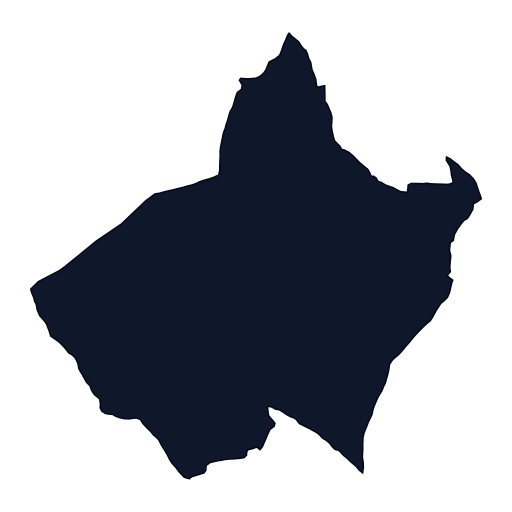 the district of Ndhiwa, Nyanza, Kenya
{"feature_id": "3690345B51434917036574", "entity_name": "Ndhiwa", "entity_type": "district", "adm_level": 2, "iso_a3": "KEN", "parent_name": "Kenya", "parent_adm1": "Nyanza", "projection": "natural_earth1", "projection_center": [34.403, -0.712], "detail": "fine", "context": "isolated", "style": "filled", "palette": "ink", "viewbox_px": 512, "rotation_deg": 0, "n_neighbors": 0, "source": "geoboundaries", "source_scale": "gbopen_adm2", "svg_char_len": 4759}
<svg xmlns="http://www.w3.org/2000/svg" viewBox="0 0 512 512"><path d="M452.8,280.2L450.2,278.3L447.1,275.6L450.3,271.8L449.8,267.3L450.0,264.3L450.1,262.7L450.3,261.2L450.8,255.7L449.5,250.5L449.8,247.0L450.3,242.6L453.3,240.4L454.3,234.7L457.6,228.7L461.0,224.0L463.9,220.4L466.1,219.3L467.2,218.5L468.1,217.4L470.0,214.3L472.8,209.3L473.4,203.8L477.2,201.8L481.3,198.8L480.0,194.8L478.7,191.4L478.0,189.3L477.4,187.7L476.1,183.4L473.9,179.6L473.0,178.4L471.6,177.0L469.5,174.8L465.8,172.4L462.1,169.4L458.0,164.8L453.1,161.1L449.8,158.6L446.5,157.0L446.3,160.3L447.2,161.6L448.0,162.9L449.7,165.6L450.3,167.3L451.0,170.6L451.4,174.2L451.7,176.0L452.6,179.1L453.3,182.6L449.3,184.2L446.0,184.4L442.9,184.2L439.3,184.1L435.6,184.0L430.7,183.8L427.1,183.2L422.8,183.7L418.5,183.5L414.4,183.5L411.1,183.5L408.2,185.0L407.8,189.1L407.3,192.3L403.8,192.0L400.5,191.6L396.7,189.7L393.4,187.8L390.0,186.6L385.4,185.0L381.2,182.4L377.7,181.2L376.3,178.2L373.8,176.3L371.1,176.2L369.5,172.3L367.7,169.3L365.0,167.1L362.4,165.0L361.4,164.2L359.3,162.3L356.8,159.7L353.2,156.0L348.8,152.3L344.3,150.0L341.5,149.4L340.7,147.5L339.6,146.0L337.0,143.3L334.6,140.9L333.4,136.9L332.0,130.7L331.4,125.9L331.8,121.6L332.0,117.4L330.8,112.8L328.8,108.1L327.3,104.5L324.9,101.4L324.9,95.7L324.8,90.5L324.7,85.7L320.8,86.5L317.7,87.3L316.4,85.2L315.8,79.4L314.0,74.4L312.0,69.7L311.2,65.5L310.7,62.2L308.8,58.9L307.5,54.2L305.9,50.4L303.4,48.7L301.3,46.0L298.6,41.8L294.8,38.6L291.7,36.2L289.1,33.2L287.7,35.1L286.8,37.3L285.8,39.8L284.6,42.4L283.8,44.1L283.1,45.9L282.2,48.9L281.7,50.2L281.2,51.6L279.7,55.2L277.0,57.4L275.9,58.4L274.7,59.2L271.9,60.5L269.1,62.0L267.5,65.9L265.9,69.9L263.8,72.9L261.2,75.3L260.4,75.9L259.3,76.6L256.1,78.2L252.4,78.5L250.5,78.7L249.1,78.7L246.0,78.8L244.9,78.7L243.6,78.5L240.6,78.4L239.4,80.3L241.4,83.7L242.3,84.9L241.5,89.3L238.4,91.6L237.3,92.5L235.5,97.4L234.4,101.7L232.7,107.2L230.0,111.9L228.9,115.8L227.9,119.4L226.1,124.8L225.2,128.4L223.7,132.2L223.2,134.0L222.8,136.0L221.7,141.6L220.6,147.1L220.1,151.0L220.2,155.0L220.0,159.9L219.8,164.9L219.7,170.4L218.7,175.0L214.0,177.2L209.4,178.8L205.4,179.9L202.4,180.8L199.3,181.9L196.2,183.5L191.6,185.1L187.6,186.0L183.0,187.4L178.7,188.4L175.8,189.1L172.9,189.9L169.5,190.6L164.1,191.9L159.6,193.2L155.0,193.9L147.0,199.8L146.1,200.4L121.5,223.9L96.3,241.0L78.0,256.0L74.4,258.9L64.5,266.9L59.2,270.7L38.4,281.6L30.7,289.1L31.6,292.4L33.8,297.7L34.7,301.5L35.9,303.4L36.3,304.7L37.3,310.1L39.6,315.5L42.8,319.1L45.4,322.2L47.1,325.3L47.5,326.7L48.1,328.2L49.0,330.5L49.5,332.0L50.4,335.1L50.8,336.2L54.3,338.6L58.7,341.7L62.2,345.1L65.5,348.7L68.7,352.9L72.1,354.9L74.9,357.5L77.0,361.3L78.2,364.6L78.7,368.2L79.3,369.6L80.2,371.2L82.3,374.6L84.6,378.8L86.6,382.4L89.9,385.7L91.5,390.1L93.1,392.8L94.5,394.6L95.6,395.6L96.7,396.5L99.6,398.8L100.4,403.6L100.2,407.8L101.8,411.2L105.5,413.5L108.9,414.1L112.5,414.3L115.8,416.3L119.7,417.7L123.9,418.6L129.1,418.9L133.7,418.1L137.2,418.1L140.5,419.7L142.9,423.5L145.1,425.9L147.5,428.4L149.7,430.5L151.7,432.7L153.3,434.8L154.2,435.6L155.3,436.4L158.6,439.6L161.7,445.6L164.2,449.5L167.4,454.9L169.6,459.5L171.9,463.1L175.9,467.5L178.7,471.4L181.1,473.9L184.2,477.2L189.3,478.8L191.6,476.8L195.4,475.6L198.9,474.5L201.5,473.7L204.1,472.9L205.8,470.3L206.1,465.5L210.2,462.5L213.7,461.7L214.7,461.5L217.2,460.9L218.6,460.6L221.1,460.3L224.4,459.6L229.3,459.0L233.2,458.9L236.6,458.6L240.7,458.2L244.1,457.6L246.5,455.2L246.7,451.8L248.3,449.5L251.5,449.0L254.8,447.8L256.9,447.1L260.0,449.7L262.4,446.7L263.9,443.1L265.8,439.0L267.3,435.1L269.2,431.1L270.0,429.4L274.0,426.5L275.0,423.3L272.7,420.4L270.6,418.1L268.5,415.3L268.1,412.2L267.4,406.3L271.5,406.9L275.4,409.1L279.5,409.9L282.7,411.9L286.4,414.4L290.2,416.6L293.9,417.9L296.4,419.6L299.3,423.5L303.4,425.6L307.1,427.4L309.7,428.7L312.3,430.2L315.4,431.8L318.1,433.6L320.2,435.6L322.7,438.2L326.5,440.5L329.9,443.5L332.1,446.5L335.0,449.4L339.0,450.5L341.3,452.9L343.6,455.4L347.2,458.3L351.1,462.1L353.9,464.4L356.5,466.8L359.1,470.0L362.6,472.9L363.4,467.4L363.1,461.6L362.4,457.6L362.5,453.4L362.8,449.2L362.8,447.9L362.7,445.9L362.8,442.2L363.0,437.6L364.0,433.0L365.8,428.6L366.5,426.8L367.0,425.6L368.0,422.9L369.1,420.4L370.5,417.7L372.0,414.4L372.7,410.7L373.7,407.2L375.0,404.0L376.6,400.3L378.1,397.0L379.8,394.2L382.1,390.3L383.5,386.6L385.3,383.0L386.4,379.0L387.8,374.1L388.8,369.5L389.5,364.4L392.4,360.0L395.9,356.8L398.0,355.1L400.4,352.8L403.2,349.4L406.2,345.8L409.6,342.0L414.2,336.3L417.9,332.3L422.1,328.0L425.8,324.5L428.6,322.0L430.2,320.9L431.9,318.2L434.3,314.0L436.5,309.9L437.5,308.4L438.3,307.2L440.8,303.4L443.9,300.9L447.4,297.4L449.5,292.6L450.9,286.5L451.9,282.4L452.3,281.2L452.8,280.2Z" fill="#0f172a" stroke="#020617" stroke-width="1.5"/></svg>